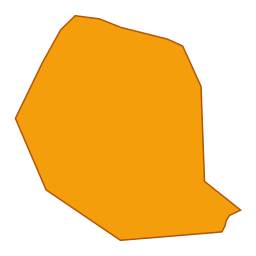 Bouvet Island, Mercator projection, rotated 270°
{"feature_id": "BVT+00?", "entity_name": "Bouvet Island", "entity_type": "state/province", "adm_level": 1, "iso_a3": "NOR", "parent_name": "Norway", "parent_adm1": "", "projection": "mercator", "projection_center": [3.419, -54.421], "detail": "fine", "context": "isolated", "style": "filled", "palette": "amber", "viewbox_px": 256, "rotation_deg": 270, "n_neighbors": 0, "source": "natural_earth", "source_scale": "10m", "svg_char_len": 372}
<svg xmlns="http://www.w3.org/2000/svg" viewBox="0 0 256 256"><g transform="rotate(270 128 128)"><path d="M193.5,42.5L226.2,60.7L240.3,75.2L237.1,99.5L228.6,120.8L216.8,167.6L209.9,182.7L169.6,201.0L74.6,204.5L45.9,240.6L40.6,229.5L35.4,226.2L30.0,225.0L24.1,221.9L15.7,120.4L66.1,46.1L137.6,15.4L193.5,42.5Z" fill="#f59e0b" stroke="#b45309" stroke-width="1.5"/></g></svg>